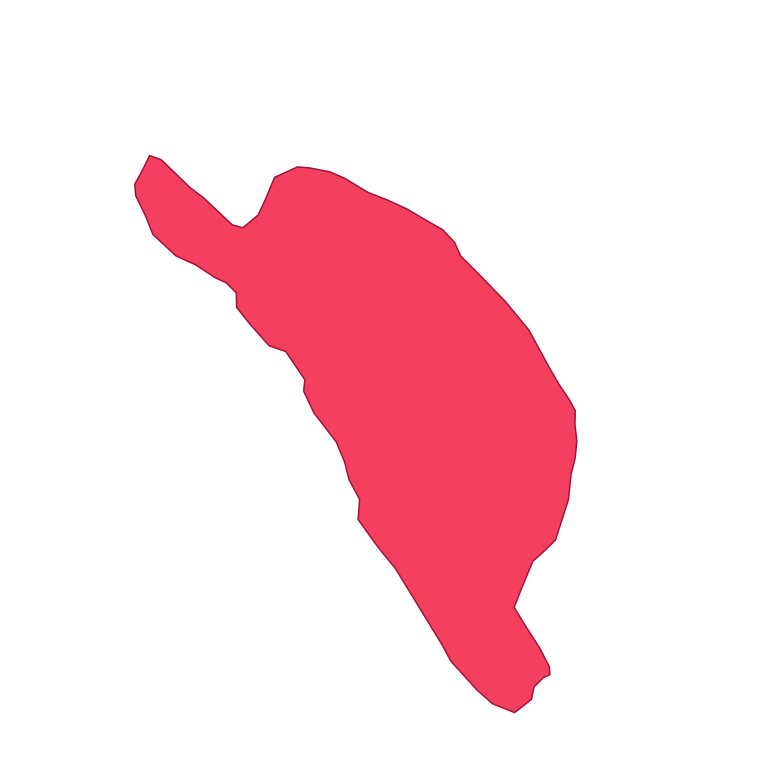 the district of Lidingö, Stockholm, Sweden, rotated 225°
{"feature_id": "70781695B7495287433606", "entity_name": "Lidingö", "entity_type": "district", "adm_level": 2, "iso_a3": "SWE", "parent_name": "Sweden", "parent_adm1": "Stockholm", "projection": "robinson", "projection_center": [18.171, 59.365], "detail": "fine", "context": "isolated", "style": "filled", "palette": "rose", "viewbox_px": 768, "rotation_deg": 225, "n_neighbors": 0, "source": "geoboundaries", "source_scale": "gbopen_adm2", "svg_char_len": 1099}
<svg xmlns="http://www.w3.org/2000/svg" viewBox="0 0 768 768"><g transform="rotate(225 384 384)"><path d="M246.4,261.8L192.7,248.9L157.9,240.5L140.3,235.2L102.4,233.4L81.3,234.6L59.3,244.0L56.7,265.2L63.7,275.8L63.7,289.3L61.1,295.7L67.2,301.0L87.5,307.5L112.1,312.8L134.1,318.1L142.0,336.3L153.4,363.9L152.5,381.0L152.5,395.1L162.2,413.9L171.9,432.8L187.7,452.2L196.5,466.9L207.1,479.8L220.3,490.4L229.9,500.4L242.3,504.0L259.9,507.5L281.9,513.4L297.7,518.1L319.7,524.6L355.8,528.1L391.0,528.7L420.1,528.7L434.1,534.0L451.7,534.6L468.5,529.9L491.4,524.0L510.7,516.9L531.0,508.1L557.4,501.6L572.3,495.7L589.0,484.5L598.7,476.3L607.5,452.8L597.8,429.2L592.5,414.5L594.3,394.5L604.0,389.2L642.7,388.1L660.3,385.7L699.9,385.1L711.3,379.8L706.0,364.5L701.6,349.2L692.8,341.6L670.8,334.0L653.2,326.3L621.5,327.5L601.3,335.1L578.4,339.8L567.0,344.0L552.9,344.0L542.4,334.0L522.1,331.6L492.2,329.8L476.4,337.5L442.9,331.0L435.9,322.2L413.0,314.0L376.9,309.3L356.7,301.0L340.9,291.6L319.7,285.2L306.5,269.9L278.4,265.2L264.3,263.4L246.4,261.8Z" fill="#f43f5e" stroke="#9f1239" stroke-width="1.5"/></g></svg>